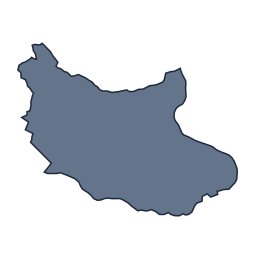 Leópolis, Paraná, Brazil, rotated 85°
{"feature_id": "56859067B94954810830585", "entity_name": "Leópolis", "entity_type": "district", "adm_level": 2, "iso_a3": "BRA", "parent_name": "Brazil", "parent_adm1": "Paraná", "projection": "orthographic", "projection_center": [-50.726, -23.018], "detail": "fine", "context": "isolated", "style": "filled", "palette": "slate", "viewbox_px": 256, "rotation_deg": 85, "n_neighbors": 0, "source": "geoboundaries", "source_scale": "gbopen_adm2", "svg_char_len": 1992}
<svg xmlns="http://www.w3.org/2000/svg" viewBox="0 0 256 256"><g transform="rotate(85 128 128)"><path d="M73.1,70.7L75.6,77.0L75.6,80.7L76.7,85.6L83.3,87.8L85.3,89.4L87.2,95.2L87.7,99.1L87.8,103.0L88.9,105.4L90.6,109.8L90.4,113.8L92.2,119.9L91.6,124.0L89.9,125.9L90.9,133.7L91.2,140.7L89.3,145.6L89.0,149.7L87.4,152.9L84.5,154.6L82.4,157.5L79.3,159.5L77.2,162.5L74.2,166.1L72.1,170.0L70.4,172.6L71.4,177.1L71.5,180.1L67.3,183.7L66.2,186.5L62.9,190.1L62.0,192.8L60.0,194.3L56.4,192.1L52.5,194.6L49.4,196.7L45.4,198.5L41.3,201.8L36.1,206.2L37.6,208.5L36.6,213.8L37.2,216.2L39.9,215.7L42.4,215.6L46.6,213.7L51.6,213.2L50.7,215.9L49.2,217.8L50.9,219.9L53.3,224.5L53.9,227.5L56.1,231.1L60.7,232.7L63.4,229.9L68.6,230.1L70.8,226.1L74.9,224.6L77.6,224.4L79.9,222.2L83.3,220.5L85.0,219.0L87.0,220.2L93.9,222.6L97.1,222.6L99.8,223.5L102.4,224.3L102.9,227.2L106.2,227.4L107.3,230.5L108.2,233.0L113.4,226.6L120.8,230.4L125.2,223.2L128.6,224.5L131.3,224.9L133.7,226.3L156.3,207.5L159.1,209.8L164.6,215.3L166.3,212.1L166.8,207.0L167.1,202.4L166.6,199.4L170.3,191.8L174.0,185.1L177.8,181.6L181.6,180.4L184.6,178.9L186.8,176.4L188.7,173.7L192.0,170.6L195.3,168.4L197.4,164.7L197.3,161.1L196.3,157.9L196.0,154.5L197.0,149.8L197.6,142.2L199.0,139.5L202.4,134.7L206.0,131.4L211.3,125.4L210.9,121.9L212.1,117.8L212.1,114.8L211.3,112.0L213.8,107.5L216.8,104.4L217.3,99.7L215.8,95.2L217.9,92.7L219.4,89.1L219.9,84.7L218.2,80.4L219.6,78.5L219.4,75.1L217.3,71.7L213.6,69.6L210.8,68.0L208.7,65.6L207.4,60.6L202.6,59.9L200.6,54.7L204.0,51.6L202.0,44.4L198.6,44.6L198.6,42.1L197.7,38.5L197.7,32.7L191.6,26.0L188.7,24.2L181.6,23.0L177.7,23.0L170.8,24.9L166.7,27.0L164.0,29.5L162.0,33.0L160.5,36.3L157.7,41.4L154.9,44.4L153.2,46.9L147.9,58.8L145.9,62.8L142.5,67.9L139.8,73.0L137.8,74.7L129.5,77.4L124.8,80.3L122.2,81.0L119.3,81.0L116.0,80.3L112.4,78.1L110.4,75.1L109.0,71.7L105.6,69.1L101.8,67.4L93.3,67.2L88.3,66.4L85.8,66.5L78.4,69.6L75.4,70.4L73.1,70.7Z" fill="#64748b" stroke="#1e293b" stroke-width="1.5"/></g></svg>